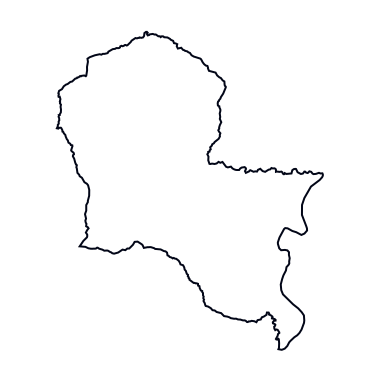 San Juan De Rio Seco, Cundinamarca, Colombia (orthographic projection), rotated 177°
{"feature_id": "7082276B56983029747572", "entity_name": "San Juan De Rio Seco", "entity_type": "district", "adm_level": 2, "iso_a3": "COL", "parent_name": "Colombia", "parent_adm1": "Cundinamarca", "projection": "orthographic", "projection_center": [-74.668, 4.851], "detail": "fine", "context": "isolated", "style": "outline", "palette": "ink", "viewbox_px": 384, "rotation_deg": 177, "n_neighbors": 0, "source": "geoboundaries", "source_scale": "gbopen_adm2", "svg_char_len": 6010}
<svg xmlns="http://www.w3.org/2000/svg" viewBox="0 0 384 384"><g transform="rotate(177 192 192)"><path d="M289.4,330.6L289.1,327.5L290.3,322.4L290.4,318.9L291.5,313.7L292.0,313.2L293.5,314.0L296.1,313.8L296.9,313.3L297.6,313.7L299.2,312.5L300.7,312.3L301.0,311.7L302.7,311.3L305.9,308.6L307.7,308.3L310.6,306.3L312.1,305.9L314.5,304.3L316.5,301.5L319.4,300.0L320.3,297.6L319.8,296.8L320.3,295.5L320.3,294.1L319.8,293.8L319.1,294.0L318.6,292.0L318.6,291.2L319.0,290.5L318.9,289.7L319.3,289.1L319.0,288.2L319.2,287.4L318.3,286.1L318.8,283.9L318.5,281.3L318.8,278.4L320.2,276.1L320.7,275.9L320.4,275.6L320.8,275.4L321.3,274.1L320.8,272.8L320.8,270.5L321.5,269.3L321.5,267.2L322.5,266.0L322.5,264.8L323.6,262.7L322.2,262.3L321.4,263.0L320.2,263.1L319.5,263.0L319.1,262.5L318.2,260.4L318.2,259.1L317.4,258.7L316.9,257.3L315.5,255.6L315.2,253.9L314.2,251.2L313.3,250.1L312.8,247.8L311.1,246.6L310.5,245.2L309.1,244.9L309.0,244.0L310.5,240.0L310.1,239.1L308.2,237.4L307.9,236.3L307.9,235.8L308.9,235.0L309.1,233.9L307.9,231.4L307.0,227.1L306.6,226.4L306.5,225.6L305.6,224.8L306.2,222.8L305.8,221.6L305.4,217.1L303.8,215.2L303.3,213.6L301.2,212.0L298.9,207.4L296.5,205.7L295.4,204.1L294.5,199.5L294.9,193.6L296.5,188.5L296.5,187.4L298.3,184.5L298.6,178.9L300.0,175.5L299.2,171.0L300.0,168.9L299.7,166.9L299.1,165.8L299.5,163.3L297.9,162.3L297.2,161.1L298.7,159.4L300.1,157.0L298.9,155.0L298.9,153.4L299.3,152.2L303.0,148.9L307.0,143.6L301.3,142.8L298.4,141.2L295.8,140.6L291.0,140.5L289.6,141.4L288.9,141.2L287.6,140.2L284.4,139.1L282.7,138.0L279.8,138.0L278.8,137.7L276.8,136.3L275.9,136.0L274.8,135.0L273.0,134.5L268.9,135.4L264.4,138.1L261.6,137.4L259.6,138.9L257.7,138.8L253.7,142.4L251.9,145.2L248.9,145.3L244.9,142.4L244.1,141.5L243.0,138.7L239.4,139.2L236.0,139.1L232.8,137.9L231.8,137.1L226.3,136.3L223.2,134.5L221.5,134.1L220.1,132.8L219.8,130.0L218.7,129.5L217.7,128.3L215.8,127.6L214.8,126.7L213.7,127.1L212.4,126.3L211.2,126.1L208.9,124.1L207.8,122.1L207.3,120.3L204.7,119.3L203.7,117.1L203.4,114.9L202.3,113.6L201.5,110.6L200.3,109.4L200.6,108.0L199.7,107.0L199.8,106.0L199.1,105.5L199.1,104.5L195.1,101.1L194.1,101.1L192.9,100.5L192.2,100.6L190.8,100.0L190.8,98.2L189.5,97.6L189.3,95.6L188.3,93.2L187.0,92.6L187.0,91.5L186.3,90.5L186.4,88.2L185.8,86.8L186.3,85.5L185.6,83.8L186.1,83.0L186.1,82.1L185.3,80.9L184.6,78.2L184.3,77.5L182.0,76.8L179.3,75.0L177.7,72.9L175.5,72.5L173.7,70.9L169.2,69.5L166.5,66.4L163.2,65.7L161.2,64.9L159.9,64.0L156.5,63.2L154.6,63.2L152.7,62.3L150.5,62.1L147.8,61.1L146.0,61.0L145.0,60.5L143.9,59.3L143.1,59.2L142.1,59.8L140.9,59.7L139.2,60.2L136.6,59.7L134.5,58.6L133.2,60.6L130.0,61.1L128.8,63.2L126.9,63.8L124.1,65.4L123.5,67.7L121.8,67.6L121.2,66.5L121.5,65.6L119.7,64.7L118.2,63.4L118.1,62.7L118.8,62.0L118.8,61.6L116.1,60.8L115.2,59.9L115.3,59.2L116.9,59.1L118.1,57.7L118.0,56.6L116.3,55.8L115.7,55.1L116.0,54.1L117.0,53.2L116.9,51.2L116.1,49.7L115.1,50.3L113.7,49.9L112.2,47.3L112.2,46.6L113.5,45.7L114.0,43.9L115.9,40.8L115.6,40.4L114.6,40.1L113.4,40.9L113.0,40.4L112.9,36.4L113.3,31.9L113.9,30.5L110.6,29.7L107.6,30.7L104.9,33.2L102.8,36.8L101.4,38.2L97.4,41.6L94.4,43.4L92.1,45.6L89.8,48.9L87.0,55.4L86.6,57.8L86.7,62.9L88.7,66.2L92.0,70.2L96.9,74.5L106.5,85.0L108.0,89.3L108.2,95.0L106.5,100.4L105.1,103.9L102.3,108.7L101.6,112.0L99.2,114.4L98.6,115.6L98.6,117.6L97.9,120.8L98.5,124.1L98.3,126.8L99.8,128.7L102.2,129.3L106.0,129.2L107.8,131.1L108.9,135.5L108.9,137.2L107.0,142.0L102.0,150.2L100.8,151.1L98.4,150.7L93.8,147.8L90.0,146.4L85.0,143.4L81.9,144.6L79.1,147.5L79.1,149.7L79.7,151.9L83.4,163.3L82.8,173.3L80.1,180.1L72.9,191.2L63.9,197.3L61.3,199.9L60.5,201.4L60.4,202.7L60.8,203.8L62.8,203.8L64.2,204.5L67.3,203.6L69.7,203.5L70.7,204.1L71.9,205.9L73.7,206.5L75.1,205.1L75.7,204.9L77.2,205.5L77.9,206.4L78.7,206.5L80.3,204.6L82.3,204.3L85.5,206.2L86.9,209.5L87.7,209.7L89.2,209.5L90.7,208.5L91.7,205.3L96.8,205.1L98.4,206.0L98.8,205.1L99.3,204.9L100.3,205.6L100.8,207.0L101.7,207.7L103.4,207.5L106.3,208.0L107.1,207.8L107.0,209.8L107.4,210.7L108.3,211.3L110.1,211.3L111.4,211.8L112.7,210.5L114.3,210.3L117.9,208.3L120.4,209.2L122.6,211.6L124.9,210.7L126.0,209.0L127.7,209.3L129.5,209.0L132.6,210.7L133.2,210.5L133.9,209.6L137.2,208.3L138.0,210.1L137.0,211.9L136.9,212.8L138.1,214.1L141.2,213.8L142.8,212.8L143.8,211.5L146.8,211.7L148.5,212.3L150.3,213.4L151.8,215.3L154.9,214.7L156.6,215.4L160.0,220.4L162.2,219.7L163.9,220.7L165.9,219.2L168.0,218.8L170.5,219.3L172.3,219.0L173.1,219.2L174.1,222.8L173.7,226.5L174.7,228.9L173.7,230.3L173.7,231.2L172.4,231.4L172.1,232.8L171.1,233.6L171.5,235.7L169.8,237.2L169.3,238.6L167.6,239.5L166.8,240.7L162.6,243.7L161.2,246.0L161.3,247.5L160.6,249.2L161.9,250.9L162.5,252.3L161.5,253.9L161.5,255.1L160.7,257.3L159.1,260.2L160.4,263.5L159.9,265.5L160.2,269.0L159.4,271.6L159.4,273.0L160.3,275.3L160.2,276.1L161.6,277.0L161.7,279.3L161.2,281.0L160.3,281.6L160.1,282.4L158.8,283.7L158.2,285.2L155.7,288.6L152.8,294.7L152.8,295.5L153.5,296.2L153.8,297.2L153.9,300.7L155.5,301.8L157.2,304.3L158.7,305.1L160.8,307.1L162.2,310.0L168.7,312.1L169.6,314.6L169.5,315.3L170.0,317.1L171.5,317.5L173.1,318.9L174.5,320.9L176.0,324.1L176.8,324.8L183.2,327.2L185.3,328.6L186.8,331.0L188.5,331.8L189.2,332.6L191.7,333.4L192.1,333.9L193.5,334.4L195.2,336.6L198.6,336.0L199.6,338.3L199.0,340.4L200.5,341.2L202.2,341.6L202.9,343.9L205.3,345.2L205.9,346.0L208.4,347.6L211.7,348.0L212.4,348.8L213.9,349.1L215.2,348.3L215.9,349.2L217.5,349.3L219.9,351.2L221.2,351.2L222.9,351.9L226.1,351.6L226.6,351.0L228.0,350.7L228.8,352.2L227.9,353.3L228.7,354.3L229.6,354.3L231.2,353.2L231.7,350.3L232.8,348.9L234.5,348.6L236.4,349.1L236.9,348.6L237.7,348.7L238.9,348.3L240.4,348.7L244.4,346.3L245.3,345.0L248.7,342.0L249.5,341.7L250.6,342.3L251.6,342.2L252.2,341.7L253.6,341.2L254.8,341.7L256.0,341.2L256.3,340.2L257.0,339.7L257.9,339.5L260.0,339.7L261.3,339.0L263.7,338.8L268.2,336.5L268.6,335.5L269.4,335.0L272.2,334.5L273.9,334.6L275.3,333.9L277.0,334.4L281.9,333.6L287.0,332.0L289.4,330.6Z" fill="none" stroke="#020617" stroke-width="2"/></g></svg>